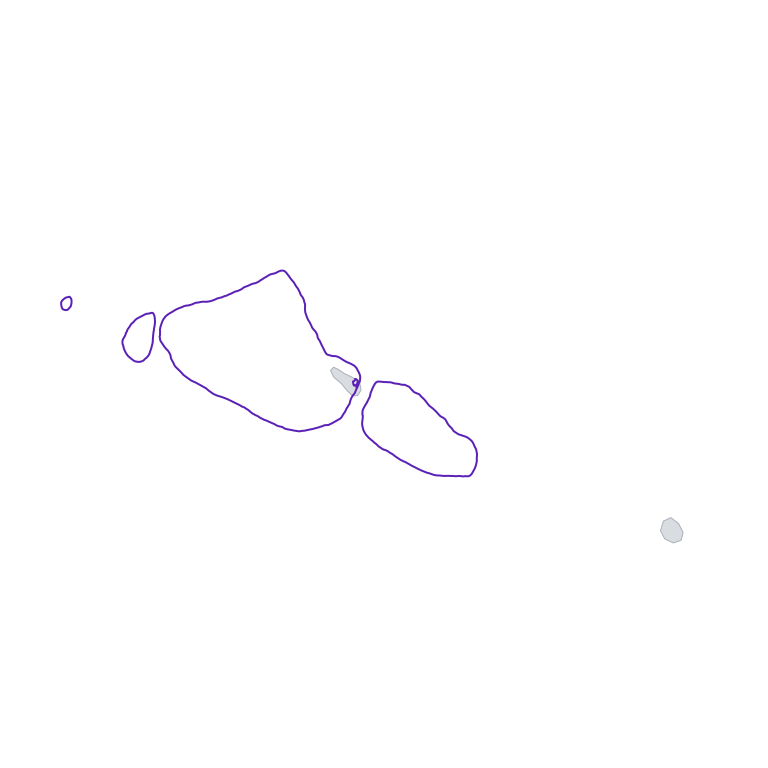 Male', Maldives (highlighted), rotated 289°
{"feature_id": "70690204B31972615950169", "entity_name": "Male'", "entity_type": "district", "adm_level": 2, "iso_a3": "MDV", "parent_name": "Maldives", "parent_adm1": "", "projection": "orthographic", "projection_center": [73.47, 4.391], "detail": "fine", "context": "in_parent", "style": "outline", "palette": "violet", "viewbox_px": 768, "rotation_deg": 289, "n_neighbors": 0, "source": "geoboundaries", "source_scale": "gbopen_adm2", "svg_char_len": 6450}
<svg xmlns="http://www.w3.org/2000/svg" viewBox="0 0 768 768"><g transform="rotate(289 384 384)"><path d="M377.3,360.7L370.7,364.3L364.5,362.8L362.4,358.4L365.5,351.7L370.6,343.3L374.2,334.1L379.4,329.1L383.4,330.8L382.9,336.0L381.0,343.0L379.9,352.2L377.3,360.7ZM341.0,715.1L333.0,715.8L327.9,709.3L329.0,699.8L335.3,693.2L345.3,692.8L351.0,698.7L348.0,707.9L341.0,715.1Z" fill="#d9dde1" stroke="#a8b0b8" stroke-width="1"/><path d="M457.5,255.3L458.4,253.1L458.4,252.2L458.0,250.4L457.5,249.5L456.4,248.1L455.3,246.9L454.4,246.2L453.0,244.6L451.1,241.5L450.1,240.3L448.9,239.3L446.9,237.7L445.3,236.2L443.9,235.2L441.4,233.1L440.0,232.2L438.8,231.0L437.5,229.6L435.8,226.8L432.5,223.3L429.8,220.1L427.8,218.8L426.1,217.3L424.4,215.4L422.7,212.9L419.6,209.9L418.0,208.0L416.4,206.5L415.4,205.0L414.2,203.5L413.3,202.6L412.2,201.0L411.5,199.8L410.3,198.2L407.9,195.7L405.8,192.9L404.9,191.3L404.2,190.0L403.7,188.6L402.8,185.9L402.4,184.9L400.5,181.7L399.6,179.7L398.0,177.8L396.7,176.5L395.8,175.2L394.8,173.7L394.1,172.5L393.8,171.5L392.4,169.4L391.3,168.4L388.7,165.2L386.5,162.9L382.8,159.9L381.9,159.0L379.6,157.2L378.1,156.2L376.5,155.3L375.2,155.0L373.3,154.3L370.6,154.0L365.5,154.0L362.1,154.5L360.8,155.2L359.6,155.5L357.3,156.3L355.9,156.4L352.8,158.0L351.7,159.0L349.4,162.0L347.6,164.4L347.0,165.5L346.2,166.6L345.8,167.6L345.1,169.0L343.5,171.0L342.4,172.1L341.3,173.0L338.9,174.2L338.1,175.0L336.6,176.7L334.5,178.8L333.1,180.2L332.3,181.5L330.3,185.7L329.8,186.9L328.1,190.0L327.3,191.4L326.5,193.9L324.9,199.2L324.4,201.3L324.1,205.0L323.2,210.6L322.3,215.2L322.1,216.8L320.6,220.6L319.1,225.8L319.0,226.5L318.7,230.0L318.9,235.2L318.7,241.0L318.4,243.1L318.2,245.3L317.8,248.1L317.1,254.0L316.7,256.2L316.4,257.3L316.4,259.6L315.7,261.9L315.4,263.6L313.3,269.1L313.1,270.9L312.7,272.3L312.6,274.4L312.2,276.5L311.7,277.9L311.5,280.0L311.1,282.3L311.2,283.9L310.5,291.8L310.4,293.6L309.9,295.7L309.8,297.1L309.8,298.3L310.1,300.4L310.2,302.3L309.6,304.1L309.6,305.7L309.8,308.0L310.2,310.1L310.7,314.3L311.2,316.8L311.6,319.2L313.0,321.8L314.0,324.1L316.9,328.8L317.9,330.7L322.2,337.0L323.1,338.0L324.1,339.6L325.0,340.4L325.8,341.5L327.2,344.9L328.1,345.7L329.3,347.0L334.2,351.4L337.3,354.1L338.9,354.7L343.1,355.6L345.1,356.3L345.6,356.2L347.2,356.5L348.5,356.5L349.8,356.9L351.1,357.2L352.0,357.3L353.9,357.9L357.2,357.6L359.3,357.6L361.4,357.9L362.9,358.2L365.7,359.3L370.5,359.6L375.0,360.1L376.5,359.9L378.4,360.3L380.5,359.9L383.0,359.2L384.6,358.3L386.6,356.6L388.3,354.7L389.6,353.4L390.7,351.9L391.7,349.7L392.4,345.6L392.5,343.5L392.7,341.2L393.2,338.6L394.4,333.7L394.7,331.8L394.6,329.2L393.9,327.2L393.5,324.8L393.5,323.4L393.3,321.4L393.7,319.7L395.1,317.9L398.1,314.9L400.8,312.1L402.6,310.4L404.0,309.0L405.0,307.6L406.3,306.2L408.7,304.9L410.4,303.2L411.7,301.4L413.0,299.0L414.1,297.5L415.4,296.4L418.1,293.7L419.8,291.5L421.4,290.0L422.9,288.7L424.0,287.9L425.1,287.0L426.4,286.1L429.3,284.8L430.8,284.3L432.8,283.8L434.1,283.1L435.4,282.1L437.0,281.1L438.2,280.1L439.4,278.9L441.4,276.0L442.8,274.9L443.9,273.9L446.3,271.4L447.3,269.8L448.4,268.3L450.7,265.7L452.3,262.9L453.1,261.6L455.6,258.2L456.3,257.0L457.5,255.3ZM377.1,358.5L374.3,358.5L373.4,358.3L373.6,358.2L373.8,357.9L373.6,357.1L373.5,357.3L373.2,357.3L373.0,356.9L372.8,356.3L373.5,355.3L374.5,354.7L376.3,353.9L377.2,354.9L377.8,355.1L378.3,355.3L379.0,355.1L379.3,355.1L379.5,355.5L379.5,355.8L379.1,357.3L378.9,357.8L378.1,358.3L377.1,358.5ZM389.8,405.8L389.9,404.8L390.0,403.6L389.5,402.7L389.3,401.8L388.9,399.2L388.9,398.2L388.6,396.6L388.1,394.3L387.9,393.4L388.0,392.9L387.8,392.3L387.9,391.5L387.7,389.4L387.1,387.6L386.9,386.7L385.8,383.2L385.3,380.7L384.5,377.9L384.1,377.1L382.9,376.0L381.7,375.5L380.1,375.1L378.0,374.8L375.5,374.5L373.4,374.4L371.0,374.3L367.3,374.7L360.4,373.8L359.0,373.4L355.9,372.8L353.0,372.4L351.6,372.5L350.3,372.8L348.5,373.5L348.1,373.5L346.9,374.4L345.7,374.7L343.5,375.3L342.1,375.5L340.8,375.8L338.8,376.4L336.0,378.0L333.6,379.6L331.6,381.7L330.6,382.9L330.0,383.8L329.4,384.9L328.1,387.2L327.7,388.4L326.8,390.6L326.0,392.8L325.5,393.6L325.0,395.3L324.4,396.8L323.2,399.3L322.4,402.4L322.0,403.6L322.0,404.7L321.8,405.2L322.0,406.1L321.8,409.2L321.0,411.5L320.4,415.1L319.7,416.8L318.8,419.9L317.6,424.6L317.2,428.1L317.2,429.5L316.7,431.9L316.4,433.8L315.7,437.2L315.3,440.8L315.1,441.5L314.4,447.6L314.1,453.9L314.3,455.3L314.3,456.1L314.3,460.8L314.5,462.4L315.1,464.9L315.6,466.3L316.2,469.2L316.7,470.9L318.5,475.9L318.7,476.9L319.4,478.7L319.7,480.0L319.9,480.9L320.3,482.2L321.4,484.6L321.8,486.2L322.2,488.0L322.5,489.1L323.2,490.6L324.1,493.4L324.8,494.6L325.6,495.2L326.8,495.9L327.9,496.3L329.6,496.6L332.8,497.2L335.8,497.4L337.6,497.3L338.2,497.2L339.9,497.1L342.2,496.6L343.9,495.9L346.2,495.3L347.6,494.9L349.3,494.1L351.8,492.6L352.8,491.8L354.4,490.0L356.4,488.3L358.2,486.2L358.9,485.0L360.4,481.2L360.8,478.4L360.7,470.7L361.2,468.8L362.0,465.7L362.4,464.9L362.7,464.4L364.1,462.6L365.7,459.3L366.3,458.4L367.0,457.4L368.2,456.0L369.0,455.2L370.3,453.7L370.6,453.1L371.3,451.3L371.7,448.7L372.0,447.6L373.0,445.6L374.1,443.7L375.5,441.0L375.9,439.9L376.5,438.8L378.2,433.9L378.7,433.0L382.1,427.8L383.1,425.9L384.1,423.5L384.7,422.6L385.1,421.7L385.7,420.9L386.0,416.0L386.2,414.8L386.7,414.0L387.1,413.1L388.4,410.6L389.5,408.9L389.8,405.8ZM375.8,141.6L375.3,140.4L374.6,139.7L374.4,139.3L372.9,136.4L371.8,135.2L369.6,133.1L368.3,131.8L366.8,130.5L365.5,129.2L364.1,128.3L362.7,127.6L361.0,127.0L359.2,125.9L357.9,125.3L355.5,124.8L351.8,123.7L350.1,123.8L348.3,123.4L346.0,123.5L344.6,123.3L341.1,122.6L339.2,122.8L338.0,123.2L336.8,123.7L335.0,125.2L333.8,125.9L332.7,126.5L332.2,127.2L331.4,127.7L330.1,129.1L329.5,129.6L328.8,130.5L327.3,132.6L326.4,134.7L325.7,136.5L325.0,138.6L324.6,139.8L324.4,141.2L324.8,144.0L325.3,145.6L325.7,146.3L327.0,148.1L327.5,148.5L328.4,149.2L329.8,149.8L331.7,151.0L334.4,152.1L336.8,152.4L338.2,152.3L342.1,152.3L343.4,152.2L347.8,151.8L352.8,150.4L357.8,149.2L360.1,148.9L361.7,148.4L363.6,148.3L365.3,147.9L367.1,147.6L368.4,147.2L370.1,146.5L371.3,145.9L372.5,145.4L374.0,144.5L374.7,143.8L375.4,143.1L375.9,142.2L375.8,141.6ZM364.1,58.4L363.5,57.2L362.3,55.3L361.1,54.2L359.6,53.3L358.0,52.5L356.1,52.2L355.0,52.5L353.1,53.4L351.2,54.6L350.2,55.8L350.0,57.6L350.3,59.3L351.1,60.6L352.2,61.2L354.1,62.0L355.3,62.5L357.3,62.4L358.7,62.2L360.3,61.7L361.8,61.1L362.9,60.3L364.1,58.4Z" fill="none" stroke="#5b21b6" stroke-width="2"/></g></svg>